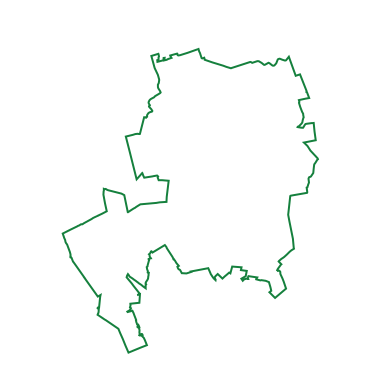 the district of Deleni, Constanta, Romania, rotated 347°
{"feature_id": "2599482B62281823725269", "entity_name": "Deleni", "entity_type": "district", "adm_level": 2, "iso_a3": "ROU", "parent_name": "Romania", "parent_adm1": "Constanta", "projection": "natural_earth1", "projection_center": [28.022, 44.057], "detail": "fine", "context": "isolated", "style": "outline", "palette": "green", "viewbox_px": 384, "rotation_deg": 347, "n_neighbors": 0, "source": "geoboundaries", "source_scale": "gbopen_adm2", "svg_char_len": 5923}
<svg xmlns="http://www.w3.org/2000/svg" viewBox="0 0 384 384"><g transform="rotate(347 192 192)"><path d="M60.4,233.1L60.6,233.3L62.3,237.4L68.0,251.4L67.9,251.4L76.7,272.7L79.7,271.8L79.0,273.3L75.6,283.3L75.3,283.2L74.7,283.3L74.1,283.6L73.9,283.9L74.9,285.0L74.5,285.6L74.6,285.9L74.0,287.9L73.6,288.8L73.3,289.0L72.4,290.4L78.3,296.7L79.0,297.3L89.5,308.7L90.3,313.5L91.5,319.6L92.6,326.6L94.0,334.2L106.7,332.1L113.6,331.1L112.8,325.9L112.2,323.2L110.6,320.7L110.8,320.5L111.7,320.3L111.6,319.7L111.3,319.1L111.1,319.0L109.8,319.2L108.9,320.1L108.4,319.7L109.0,318.9L109.2,316.8L109.8,314.8L109.7,312.8L110.3,312.4L110.2,311.3L108.6,311.5L108.5,311.2L109.3,310.8L109.6,310.5L110.0,310.4L109.8,309.3L109.1,309.5L108.8,308.9L108.7,308.4L108.7,307.7L108.5,306.4L108.5,304.4L108.8,304.2L108.1,299.3L107.8,296.8L107.2,294.2L106.8,294.0L105.6,294.4L104.5,294.4L102.3,294.5L102.1,294.0L104.7,293.2L106.4,291.5L105.6,290.5L106.5,288.9L106.8,287.0L115.8,288.1L118.3,279.9L116.3,280.1L116.3,279.9L118.1,279.2L113.9,270.3L112.8,267.7L109.1,260.4L110.0,258.8L111.1,257.6L111.8,259.1L112.0,259.9L112.3,260.5L114.5,262.8L115.9,264.5L117.3,266.0L117.9,266.8L118.9,267.9L119.7,269.0L121.8,271.2L122.8,272.6L125.2,275.4L125.8,272.5L126.4,271.9L126.1,271.6L126.1,271.3L126.1,271.0L126.5,270.6L126.5,270.0L126.6,269.7L128.9,267.5L129.4,266.9L129.9,266.0L130.3,264.7L130.9,263.4L131.1,262.6L131.7,261.1L131.2,261.0L130.9,260.8L130.7,260.5L131.2,259.2L130.9,257.3L131.0,255.0L131.9,254.5L132.2,253.6L134.3,249.7L134.9,248.8L135.0,248.5L135.0,248.3L134.6,248.0L134.7,247.5L136.0,247.4L136.2,247.2L137.0,247.3L136.8,246.6L136.5,246.1L136.3,245.6L136.3,244.8L136.5,243.8L136.3,243.3L136.1,243.0L137.2,242.4L138.3,241.4L138.5,240.8L139.2,240.7L139.9,242.1L153.6,237.6L154.6,239.7L154.8,240.5L154.8,241.0L158.4,250.9L158.6,251.9L159.1,253.0L158.8,253.2L158.9,253.6L159.2,253.7L159.9,254.8L160.8,257.7L162.5,261.0L161.0,261.5L161.1,262.7L161.3,263.5L161.5,264.0L162.0,264.6L162.7,265.1L162.9,265.5L163.8,268.8L168.3,270.1L173.3,269.7L173.1,269.2L190.7,269.9L191.6,274.7L191.8,276.1L193.0,279.4L193.7,281.0L195.1,283.2L195.3,282.7L195.0,281.7L194.7,280.9L194.7,280.6L195.4,279.8L196.1,279.2L198.6,277.7L202.2,283.2L204.9,281.6L207.1,280.5L210.1,278.9L211.1,279.9L214.4,273.7L223.3,276.5L222.1,279.1L227.6,281.2L225.4,286.1L220.6,287.6L221.5,289.9L223.2,288.8L226.5,288.7L226.7,289.3L227.2,289.4L227.0,288.2L228.1,286.7L236.3,289.9L235.0,291.2L234.9,291.5L238.7,293.5L239.8,293.5L243.8,295.1L246.7,297.1L247.0,302.5L247.0,306.1L244.9,307.1L249.1,313.9L261.9,307.3L261.2,300.1L260.7,296.6L259.7,292.0L259.7,291.5L259.9,290.7L260.0,289.3L259.0,288.1L258.0,288.2L257.8,287.4L257.5,287.3L257.8,286.8L258.6,286.0L262.4,282.7L262.8,282.5L260.8,279.2L261.4,278.7L264.0,277.3L265.9,276.6L267.3,276.0L270.5,274.2L273.7,272.2L275.7,271.2L278.6,270.2L278.6,269.1L279.8,260.3L280.3,242.7L280.6,235.8L286.8,218.1L287.0,217.9L287.5,217.8L303.9,218.7L304.1,218.5L304.3,217.9L304.7,213.6L305.1,213.6L305.5,213.4L305.7,212.8L306.4,211.9L306.5,211.5L308.1,209.1L308.5,205.3L309.0,204.5L309.3,204.1L309.7,203.9L310.9,203.8L311.4,203.6L314.4,200.8L314.7,200.0L315.8,196.7L317.1,193.1L317.4,192.5L318.6,191.5L321.4,188.7L322.1,188.4L322.0,187.5L316.7,178.3L314.9,173.2L312.2,169.0L324.2,169.4L325.0,160.6L326.1,152.1L325.0,152.0L324.2,151.8L318.9,151.3L317.9,151.3L317.0,152.0L314.9,154.2L314.6,154.4L312.9,153.9L309.5,152.5L309.7,152.2L310.9,152.0L311.3,151.8L314.1,150.0L315.1,149.1L316.3,146.4L317.3,144.7L317.6,144.4L317.7,141.9L317.9,140.8L317.3,138.6L316.6,133.5L316.3,129.2L316.5,128.8L316.9,128.4L316.8,126.5L323.5,126.6L327.3,126.8L326.5,120.8L326.4,120.5L326.0,120.2L326.3,119.8L326.3,119.0L323.7,101.7L319.2,102.1L316.8,82.0L313.8,84.4L313.3,84.8L312.7,84.9L312.1,84.8L309.7,83.4L308.0,82.2L307.5,81.9L307.1,81.8L305.9,81.9L305.3,82.3L303.0,85.6L300.9,87.1L300.2,87.3L299.3,87.1L298.9,86.9L298.2,86.1L296.7,84.2L296.2,83.7L295.6,83.3L291.8,84.4L291.0,84.4L290.6,84.1L288.9,81.9L286.5,79.6L285.1,79.2L279.7,79.7L278.8,78.8L278.0,78.4L258.2,80.1L257.8,80.2L253.6,77.8L250.9,76.0L241.0,70.3L234.1,66.0L234.2,64.7L234.1,63.9L232.2,64.2L231.8,64.0L231.5,63.7L231.1,59.5L231.1,58.6L230.9,57.9L230.6,56.5L230.5,54.1L219.1,55.4L211.2,56.0L209.5,55.9L209.1,55.7L208.8,55.4L208.8,55.0L208.8,53.9L208.7,53.8L201.5,54.1L201.6,55.0L202.2,56.7L198.4,57.1L197.9,57.3L196.8,57.5L194.5,57.5L195.5,55.1L194.5,55.0L193.8,57.2L187.6,57.4L187.8,55.7L188.7,55.6L189.2,55.4L189.7,53.3L190.3,52.6L190.4,50.9L190.3,49.8L183.0,50.3L183.5,62.8L185.1,70.2L185.2,72.2L185.3,74.8L185.2,75.6L184.1,78.4L182.9,79.8L182.4,82.2L182.5,83.4L183.7,86.8L183.8,88.0L183.1,88.5L181.4,89.1L177.6,90.3L176.3,91.2L174.0,91.8L172.7,92.2L171.7,92.7L171.0,93.3L170.0,94.6L169.8,95.2L169.8,95.8L169.9,96.3L170.1,97.0L170.4,97.7L170.5,98.0L170.3,98.2L169.4,98.7L169.3,99.0L169.5,99.6L171.0,102.2L171.6,104.1L171.4,104.4L171.2,104.6L170.6,104.7L169.0,104.8L167.8,105.1L167.2,105.4L165.8,106.7L165.5,107.1L165.2,108.2L164.8,108.6L164.2,108.7L164.2,108.9L164.4,109.0L163.9,109.3L163.3,108.7L162.2,108.4L154.3,123.7L153.8,123.7L151.9,123.0L149.8,122.8L147.3,123.0L140.0,123.1L140.4,140.6L140.4,140.9L140.9,167.2L147.8,162.3L147.9,162.5L148.2,165.1L148.7,167.3L157.1,167.9L158.3,167.9L161.7,168.1L162.5,169.3L161.8,170.2L162.2,173.0L165.6,173.8L171.8,175.8L166.3,191.0L164.9,195.9L158.2,194.8L154.8,194.6L138.9,192.4L134.2,194.0L133.2,194.5L131.3,195.0L125.0,197.3L124.9,197.2L125.3,179.8L122.9,177.7L110.7,171.4L109.8,170.8L108.6,169.6L107.5,169.6L106.8,169.1L106.4,170.9L106.0,171.6L105.1,174.7L104.7,183.2L104.6,191.6L99.6,192.9L90.0,195.0L88.2,195.7L79.7,198.1L78.2,198.7L77.5,198.8L76.9,198.5L76.6,198.5L75.9,198.7L74.6,199.2L73.1,199.4L72.7,199.6L64.9,201.4L56.7,203.4L57.2,208.4L57.6,210.1L57.5,212.2L57.8,213.5L58.5,215.1L59.5,222.9L59.6,225.5L59.4,226.0L59.3,226.5L59.4,227.3L58.9,227.7L58.8,228.0L58.9,228.4L59.8,229.0L59.9,229.5L60.4,233.1Z" fill="none" stroke="#15803d" stroke-width="2"/></g></svg>